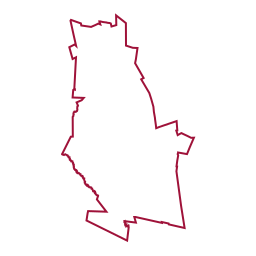 San Carlos, Tamaulipas, Mexico
{"feature_id": "50627088B50808135515574", "entity_name": "San Carlos", "entity_type": "district", "adm_level": 2, "iso_a3": "MEX", "parent_name": "Mexico", "parent_adm1": "Tamaulipas", "projection": "equal_earth", "projection_center": [-99.087, 24.498], "detail": "fine", "context": "isolated", "style": "outline", "palette": "rose", "viewbox_px": 256, "rotation_deg": 0, "n_neighbors": 0, "source": "geoboundaries", "source_scale": "gbopen_adm2", "svg_char_len": 4750}
<svg xmlns="http://www.w3.org/2000/svg" viewBox="0 0 256 256"><path d="M69.3,47.2L72.6,59.0L76.0,57.3L74.3,89.1L74.9,89.2L74.9,89.5L74.7,89.4L74.5,89.5L74.3,89.4L74.0,89.3L73.8,89.4L73.5,90.2L73.2,90.2L72.6,97.5L83.7,97.9L81.8,100.1L81.5,100.3L76.6,102.4L78.0,105.7L77.8,106.1L77.4,106.3L77.3,106.8L77.3,107.2L77.2,108.4L77.4,109.7L77.2,110.1L77.2,110.4L77.0,110.6L76.9,111.1L76.3,111.3L76.2,111.6L75.8,111.8L75.5,111.7L75.1,111.9L74.4,111.6L74.1,112.1L73.7,112.4L73.7,113.0L73.4,113.8L73.6,114.4L73.7,114.7L73.3,115.2L73.3,116.2L72.7,116.9L72.8,136.6L70.8,136.7L62.2,153.9L62.1,154.0L62.1,154.3L62.6,154.6L63.0,154.5L63.3,154.6L63.6,154.7L63.7,154.9L64.0,155.0L64.1,154.9L64.1,154.7L64.3,154.7L64.7,154.5L65.3,154.3L65.5,154.5L67.0,155.1L67.1,155.4L67.7,155.5L67.8,155.9L68.0,156.1L68.1,156.4L68.2,156.6L68.4,156.4L68.6,156.5L68.7,157.0L68.9,157.1L69.1,157.5L69.5,157.5L69.4,157.9L69.5,158.3L69.5,158.6L69.9,158.8L69.8,159.2L69.8,159.4L70.0,159.6L69.9,159.9L70.0,160.0L70.3,159.9L70.7,160.2L70.7,160.5L70.8,160.7L71.0,160.8L71.1,161.0L71.4,160.9L71.5,160.9L71.6,161.0L71.6,161.3L72.0,161.2L72.4,161.3L72.4,161.7L72.6,162.0L72.8,162.7L73.0,162.8L72.9,163.2L73.1,163.5L73.1,163.8L73.2,164.3L73.3,164.4L73.5,164.4L73.5,164.6L73.7,165.0L73.8,165.0L73.8,165.3L73.8,165.6L73.6,165.7L73.7,166.0L73.7,166.7L74.0,166.9L74.0,167.1L73.8,167.7L74.1,168.5L74.1,168.8L74.3,169.0L74.5,169.0L74.8,169.4L75.1,169.5L75.2,170.0L75.3,170.0L75.4,169.7L75.5,169.7L75.6,169.8L76.1,170.0L76.2,170.4L76.4,170.4L76.5,170.6L76.3,170.7L76.3,170.9L76.6,170.9L76.6,171.2L76.4,171.4L76.3,171.7L76.5,171.8L76.6,171.5L76.8,171.4L76.8,171.7L77.0,171.8L76.9,172.1L76.9,172.3L77.2,172.3L77.2,172.8L77.4,172.9L77.4,173.0L77.5,173.2L77.8,173.2L77.7,172.9L77.9,172.9L78.1,173.1L78.4,173.0L78.7,173.1L78.9,173.3L79.1,173.2L79.3,173.3L79.5,173.7L79.6,173.9L79.8,173.9L80.0,174.1L80.5,174.2L80.5,174.5L80.5,175.2L80.8,175.5L81.4,175.7L81.5,175.9L82.2,175.9L82.3,176.2L82.3,176.3L82.8,176.4L82.8,176.5L82.6,176.5L82.8,176.8L82.7,177.2L82.9,177.8L83.2,178.1L83.4,178.1L83.4,178.3L83.5,178.3L84.2,178.5L84.0,179.1L84.1,179.5L84.3,180.1L84.5,180.8L84.7,181.1L84.8,181.4L84.7,181.9L84.7,182.0L84.9,182.0L84.8,182.3L84.8,182.5L85.0,182.5L85.1,182.8L85.1,183.2L85.2,183.3L85.2,183.5L85.3,183.7L85.4,183.9L85.5,184.0L85.5,184.3L85.8,184.6L86.1,184.6L86.3,184.9L86.4,184.7L86.6,184.9L87.1,184.8L87.1,185.0L87.5,185.0L87.8,185.0L88.0,185.3L88.2,185.6L87.9,185.7L87.7,185.9L87.7,186.0L88.1,186.1L88.3,186.4L88.5,186.3L88.6,186.7L88.6,186.8L88.8,186.9L89.2,187.0L89.3,187.1L89.4,187.3L89.6,187.3L89.8,187.3L90.1,187.2L90.3,187.3L90.6,187.4L90.8,187.4L90.9,187.5L91.1,187.5L91.1,187.8L91.2,188.0L91.3,188.1L91.4,188.4L91.6,188.3L91.8,188.4L91.9,188.7L92.1,188.7L92.1,189.0L92.3,189.1L92.4,189.3L92.6,189.7L92.7,189.8L92.8,190.1L93.0,190.8L93.1,191.3L93.5,191.4L93.8,191.4L94.0,191.3L94.0,191.7L94.3,191.9L94.6,191.9L95.0,191.8L95.0,192.3L94.9,192.3L94.9,192.7L94.9,192.9L95.0,192.9L94.9,193.1L95.0,193.3L95.2,193.5L95.5,193.5L95.8,194.3L96.3,194.5L96.6,194.8L96.6,195.0L96.9,195.1L97.0,195.3L97.4,195.5L97.6,195.4L97.9,195.4L98.1,195.6L98.1,195.9L96.9,199.4L106.4,211.7L88.1,211.1L87.6,213.3L86.5,220.5L95.4,224.9L127.1,240.6L128.7,227.3L128.5,227.2L128.5,226.7L128.4,226.8L128.2,226.7L128.4,226.6L128.4,226.4L128.0,226.5L127.9,226.4L128.0,226.3L128.0,226.2L127.9,226.3L127.7,226.3L127.5,226.0L127.4,226.0L127.2,226.1L126.6,226.1L126.7,225.8L126.6,225.7L126.5,225.8L126.5,225.6L126.5,225.4L126.3,225.6L126.2,225.4L126.1,225.6L126.2,225.8L125.8,225.7L125.9,225.4L125.7,225.3L125.4,225.1L125.2,225.0L125.2,224.8L125.3,224.7L125.1,224.3L125.1,224.2L125.3,224.0L125.2,223.9L125.4,223.7L125.5,223.4L125.4,223.3L125.5,223.2L125.4,223.0L125.5,223.0L125.5,222.7L125.4,222.7L125.4,222.8L125.3,222.7L125.3,222.3L125.2,222.1L125.1,221.8L124.9,221.8L125.1,221.7L124.8,221.4L124.6,221.5L124.6,221.4L124.6,221.2L124.4,221.3L124.4,221.1L135.9,222.6L134.3,217.0L135.5,217.0L161.9,222.9L161.8,222.0L168.6,223.5L168.8,224.4L184.6,228.0L181.1,205.9L176.5,171.8L176.4,171.4L177.1,166.5L176.5,166.4L177.3,160.4L178.2,155.4L178.0,154.9L177.7,154.3L177.7,153.9L178.1,153.0L178.1,152.5L187.0,154.1L189.8,147.2L193.9,137.7L191.1,137.8L187.3,135.9L181.3,133.1L177.7,135.1L176.3,130.6L177.3,130.4L176.6,121.1L159.2,127.0L156.2,128.2L155.8,124.6L155.1,119.6L154.9,117.6L153.9,111.9L153.4,106.7L151.2,98.9L149.3,93.0L141.2,79.3L143.6,78.0L135.1,63.2L135.9,59.2L137.5,48.0L132.8,47.8L126.0,45.6L125.9,23.1L123.0,20.8L116.1,15.4L116.3,25.1L111.5,26.5L110.8,23.5L109.6,23.0L108.4,22.9L107.0,22.7L106.7,22.5L103.4,22.1L102.3,21.9L100.3,21.4L99.4,21.4L100.3,24.4L98.3,23.6L95.0,25.2L91.1,26.9L81.3,25.5L80.9,23.4L76.3,21.8L71.0,19.9L70.5,20.7L73.6,34.9L76.1,45.9L74.6,44.5L69.3,47.2Z" fill="none" stroke="#9f1239" stroke-width="2"/></svg>